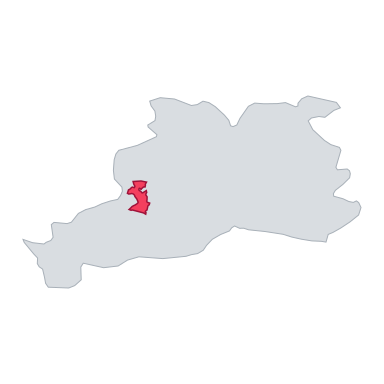 Šentjur pri Celju on a map of Slovenia (Robinson projection), rotated 180°
{"feature_id": "SVN-220", "entity_name": "Šentjur pri Celju", "entity_type": "Municipality", "adm_level": 1, "iso_a3": "SVN", "parent_name": "Slovenia", "parent_adm1": "", "projection": "robinson", "projection_center": [15.433, 46.187], "detail": "fine", "context": "in_parent", "style": "filled", "palette": "rose", "viewbox_px": 384, "rotation_deg": 180, "n_neighbors": 0, "source": "natural_earth", "source_scale": "10m", "svg_char_len": 2850}
<svg xmlns="http://www.w3.org/2000/svg" viewBox="0 0 384 384"><g transform="rotate(180 192 192)"><path d="M361.0,144.6L351.4,141.3L340.0,140.0L337.8,141.7L333.2,143.5L330.9,146.7L332.7,159.4L330.0,161.6L316.9,160.4L312.6,161.8L305.6,170.6L298.3,174.4L289.1,177.0L282.3,180.2L273.7,183.0L266.3,184.6L263.4,188.5L261.6,192.8L262.1,196.9L269.6,205.0L270.6,213.7L269.8,224.3L268.1,230.0L265.2,233.7L246.7,238.6L227.6,247.3L227.1,249.3L235.9,257.0L236.2,259.0L229.0,263.4L228.3,267.8L229.1,272.9L232.9,278.1L234.3,282.9L223.8,286.3L209.5,285.0L192.6,278.5L186.7,279.4L181.0,282.8L175.1,281.4L168.7,277.3L159.6,268.9L155.2,263.7L153.4,258.2L151.0,257.4L147.2,259.0L144.0,265.7L135.6,277.7L129.3,280.9L119.9,280.2L106.7,280.4L98.5,281.4L88.5,277.2L86.1,278.0L86.0,280.8L82.3,285.2L76.1,288.0L47.6,281.6L43.6,276.2L50.1,273.6L59.1,266.7L65.1,267.5L72.6,266.0L75.8,263.1L71.2,254.3L59.5,243.5L53.2,239.4L44.6,236.6L43.1,233.7L48.1,216.7L46.6,214.2L36.8,215.0L34.5,213.2L33.7,210.3L34.4,206.2L41.1,199.6L48.6,193.7L50.6,190.4L50.3,187.8L40.9,185.2L35.2,182.5L30.7,181.6L27.6,183.1L25.3,181.4L23.0,176.5L25.4,169.0L34.0,162.1L43.2,156.0L51.2,151.5L55.8,149.6L58.0,141.9L62.7,142.7L72.1,143.1L82.6,144.8L92.4,147.0L100.9,149.7L119.0,152.5L135.4,154.2L140.3,155.8L144.4,155.7L149.4,158.0L152.3,156.2L154.5,153.1L163.4,149.5L171.7,144.7L177.5,138.6L180.7,133.8L186.4,130.4L192.4,129.4L198.0,127.7L221.2,125.4L245.1,127.2L256.5,123.9L265.9,118.0L279.6,116.4L280.3,116.3L300.8,120.8L302.4,118.2L303.2,117.0L302.8,104.2L309.3,98.4L315.3,96.0L335.7,96.8L338.4,100.7L339.5,106.8L341.4,114.9L344.8,117.2L346.7,120.4L346.4,126.0L350.4,130.2L359.8,141.6L361.0,144.6Z" fill="#d9dde1" stroke="#a8b0b8" stroke-width="1"/><path d="M236.9,187.2L237.0,183.9L237.3,183.0L237.0,182.2L236.8,181.8L234.3,180.9L234.8,179.2L235.7,178.5L236.2,177.9L236.4,176.6L237.0,174.0L237.6,173.7L238.1,173.1L238.5,172.7L238.7,172.1L238.3,171.5L238.0,171.3L238.3,169.8L240.5,171.1L251.6,174.0L252.3,173.9L252.9,173.7L254.9,174.5L254.2,175.1L253.9,175.5L253.3,176.0L251.9,177.5L250.3,178.4L249.1,178.9L247.2,180.1L246.3,180.9L246.0,181.3L245.9,181.9L246.3,183.0L247.2,185.0L249.1,187.5L249.3,188.3L249.9,189.3L250.7,190.0L252.2,190.5L253.4,190.2L254.5,190.1L255.1,189.9L256.6,190.7L255.5,194.1L253.6,195.2L252.5,196.5L251.6,196.9L250.8,196.7L250.4,196.5L249.7,196.4L249.3,197.0L249.1,197.8L250.2,199.8L250.9,202.5L242.9,203.0L237.5,201.9L238.4,200.3L238.7,199.6L238.6,198.4L239.0,197.0L239.8,197.1L240.2,197.0L240.7,196.9L241.5,196.1L242.4,195.4L242.6,195.1L242.7,194.8L243.0,194.7L243.4,194.9L243.8,195.4L244.3,195.7L244.7,195.7L244.9,195.5L245.0,195.1L245.1,194.7L245.2,194.3L245.0,193.9L244.6,193.4L243.6,192.9L243.2,192.6L242.3,191.6L242.1,191.2L241.6,191.1L241.2,191.2L237.7,193.4L237.3,191.5L238.0,190.4L238.2,189.1L236.9,187.2Z" fill="#f43f5e" stroke="#9f1239" stroke-width="1.5"/></g></svg>